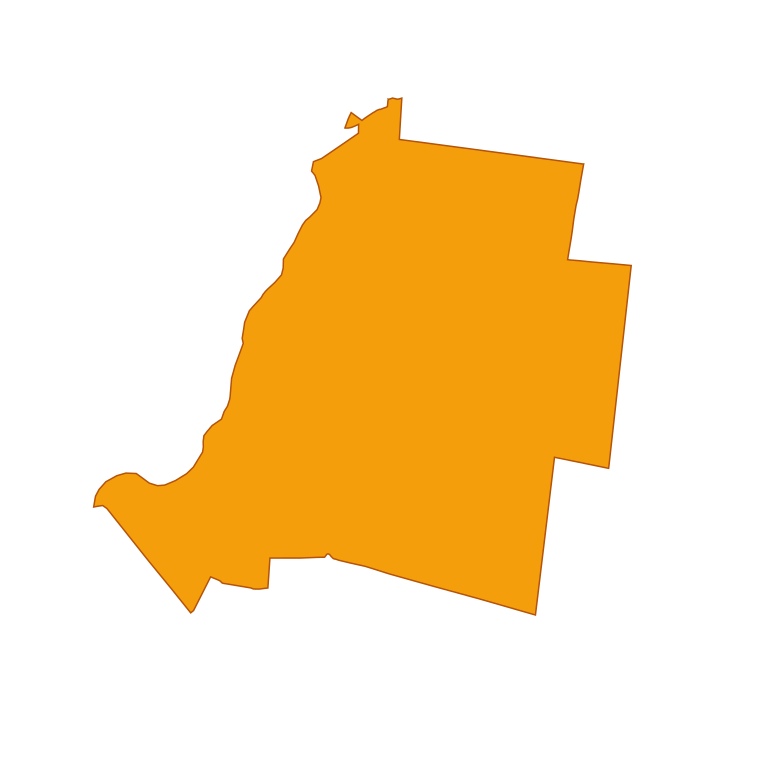 the district of Felnac, Arad, Romania, rotated 288°
{"feature_id": "2599482B41938678080549", "entity_name": "Felnac", "entity_type": "district", "adm_level": 2, "iso_a3": "ROU", "parent_name": "Romania", "parent_adm1": "Arad", "projection": "natural_earth1", "projection_center": [21.145, 46.113], "detail": "fine", "context": "isolated", "style": "filled", "palette": "amber", "viewbox_px": 768, "rotation_deg": 288, "n_neighbors": 0, "source": "geoboundaries", "source_scale": "gbopen_adm2", "svg_char_len": 2331}
<svg xmlns="http://www.w3.org/2000/svg" viewBox="0 0 768 768"><g transform="rotate(288 384 384)"><path d="M655.0,505.9L654.7,505.1L652.9,495.2L633.2,387.5L627.3,355.4L621.3,323.0L661.4,312.6L659.8,310.3L659.0,308.8L658.6,303.8L657.4,302.2L656.3,300.6L656.2,299.9L655.6,300.3L654.8,300.2L653.0,300.6L651.3,301.0L648.9,301.5L647.4,300.0L646.8,299.1L646.2,298.3L645.1,297.0L644.0,295.6L643.9,295.0L643.4,294.3L641.9,292.5L639.8,290.9L639.1,290.1L637.2,288.6L635.1,286.9L632.9,285.2L631.5,284.1L630.0,283.0L627.8,281.6L632.0,268.9L631.5,268.8L629.8,268.6L628.7,268.4L626.7,268.2L625.6,268.1L624.7,268.0L623.8,268.0L621.0,267.9L618.1,267.8L617.8,267.8L615.4,267.7L615.4,267.9L616.4,271.0L617.9,273.7L620.4,276.7L623.1,279.6L621.8,280.0L614.6,282.2L596.8,268.6L579.1,254.9L573.7,248.2L566.7,249.0L564.2,249.3L563.8,249.7L562.6,251.7L561.0,254.0L552.1,260.6L541.8,266.5L536.4,267.1L529.2,266.5L519.8,261.8L515.3,259.0L509.9,257.3L500.4,255.8L490.9,254.8L487.1,253.7L483.3,252.6L476.2,250.8L474.1,250.3L471.9,249.7L463.1,252.3L456.1,252.8L447.0,248.9L439.0,244.4L435.6,242.7L431.9,241.3L428.3,240.6L417.2,235.5L412.0,233.3L399.6,232.4L392.8,233.6L383.6,235.0L379.1,237.6L365.0,237.1L355.8,236.7L342.3,237.3L324.6,241.5L321.6,242.0L314.5,242.0L308.5,240.5L300.4,240.3L291.4,233.4L284.1,230.4L279.2,228.7L273.4,229.8L268.1,231.7L263.2,232.5L246.0,228.4L237.7,224.0L227.7,215.5L220.1,206.7L217.3,200.0L217.2,191.4L220.4,181.9L222.3,176.0L219.5,166.0L214.2,158.2L205.1,149.7L195.7,145.6L188.2,144.3L184.6,144.8L177.3,145.9L179.0,149.0L181.5,154.0L180.0,158.9L147.4,208.1L143.0,214.8L123.8,244.7L106.6,270.9L109.7,272.9L147.0,278.7L146.6,283.9L146.4,286.6L146.1,288.8L145.5,290.1L144.9,291.0L144.7,292.5L145.6,298.2L148.9,320.4L148.7,323.0L149.5,325.9L150.5,328.9L154.1,336.6L183.2,329.3L192.8,358.7L198.8,374.9L200.9,381.0L202.1,381.5L204.3,382.2L204.8,382.6L205.2,384.0L205.0,385.0L203.6,387.1L202.4,389.5L202.2,390.7L202.5,391.9L202.4,395.5L203.4,408.0L204.8,422.5L205.0,447.2L206.9,494.1L208.8,534.7L209.0,538.9L211.1,599.4L367.0,568.8L373.2,623.7L374.8,623.4L573.1,582.5L569.3,565.6L566.4,553.1L563.8,541.8L561.4,530.7L559.3,522.1L559.2,520.9L559.0,520.2L566.2,519.1L580.4,517.0L588.7,515.6L592.8,514.8L599.7,513.5L613.1,511.5L619.7,511.0L625.5,510.2L639.1,508.1L655.0,505.9Z" fill="#f59e0b" stroke="#b45309" stroke-width="1.5"/></g></svg>